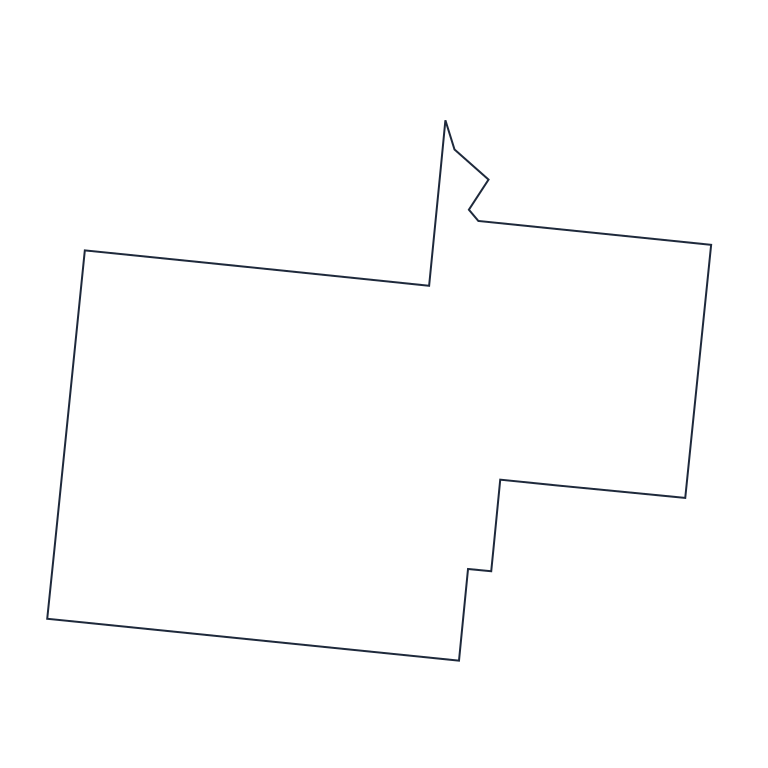 the district of Montgomery, Mississippi, United States of America, rotated 276°
{"feature_id": "52423323B94631767050196", "entity_name": "Montgomery", "entity_type": "district", "adm_level": 2, "iso_a3": "USA", "parent_name": "United States of America", "parent_adm1": "Mississippi", "projection": "orthographic", "projection_center": [-89.583, 33.482], "detail": "fine", "context": "isolated", "style": "outline", "palette": "slate", "viewbox_px": 768, "rotation_deg": 276, "n_neighbors": 0, "source": "geoboundaries", "source_scale": "gbopen_adm2", "svg_char_len": 402}
<svg xmlns="http://www.w3.org/2000/svg" viewBox="0 0 768 768"><g transform="rotate(276 384 384)"><path d="M115.3,73.6L116.7,487.5L208.8,486.9L209.0,510.2L230.8,510.1L301.0,509.6L301.2,567.0L302.2,695.5L556.6,694.8L556.0,460.8L566.2,450.2L598.2,466.6L624.6,429.6L652.7,417.5L604.1,417.9L486.4,418.6L486.1,233.5L485.6,72.5L184.8,73.5L115.3,73.6Z" fill="none" stroke="#1e293b" stroke-width="2"/></g></svg>